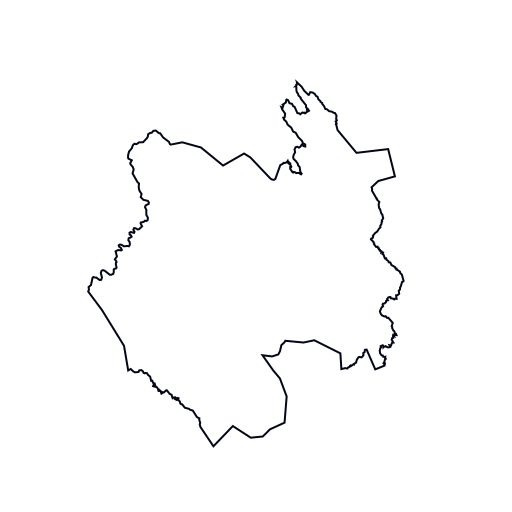 the district of Cagaan-Uul, Hövsgöl, Mongolia, rotated 240°
{"feature_id": "93677404B10407015585804", "entity_name": "Cagaan-Uul", "entity_type": "district", "adm_level": 2, "iso_a3": "MNG", "parent_name": "Mongolia", "parent_adm1": "Hövsgöl", "projection": "natural_earth1", "projection_center": [98.66, 49.521], "detail": "fine", "context": "isolated", "style": "outline", "palette": "ink", "viewbox_px": 512, "rotation_deg": 240, "n_neighbors": 0, "source": "geoboundaries", "source_scale": "gbopen_adm2", "svg_char_len": 6144}
<svg xmlns="http://www.w3.org/2000/svg" viewBox="0 0 512 512"><g transform="rotate(240 256 256)"><path d="M317.2,106.9L317.7,105.9L319.1,104.7L318.9,103.6L313.4,98.6L312.8,95.5L310.4,94.5L309.1,92.9L286.2,95.6L244.2,96.8L220.8,88.1L220.8,91.0L217.4,92.0L215.7,93.1L214.3,96.3L215.3,97.6L214.6,99.6L212.7,100.4L211.0,100.2L210.1,100.8L209.9,102.1L209.0,103.0L207.0,103.0L204.5,104.0L200.3,102.8L199.9,103.8L197.3,103.5L196.4,104.5L194.6,104.1L195.5,102.8L194.7,101.8L192.0,104.5L189.7,104.7L188.5,105.4L188.1,105.2L188.4,104.2L187.9,104.1L186.9,105.8L184.1,105.3L184.1,106.0L185.0,106.8L183.9,107.9L184.6,111.2L184.3,111.6L179.8,112.3L178.0,113.5L174.6,112.7L174.6,114.2L173.9,115.5L173.5,115.6L172.7,114.3L170.9,115.4L170.8,115.9L172.2,116.9L172.2,117.3L171.5,117.8L170.4,116.6L168.0,117.3L166.2,116.7L165.2,117.0L164.5,117.9L160.2,118.5L157.1,121.6L156.0,121.9L153.7,124.0L146.0,124.3L143.7,125.8L142.7,125.0L139.3,124.2L138.3,123.1L135.7,122.4L112.5,124.0L120.3,150.9L101.3,160.6L96.3,171.6L98.9,181.5L97.4,197.4L119.0,212.3L138.0,215.5L148.2,213.7L166.8,212.0L161.0,219.7L159.6,226.1L161.6,229.2L166.1,233.4L167.0,237.4L167.9,239.0L157.3,253.9L153.9,264.3L129.5,280.4L115.4,273.4L114.3,277.2L112.9,278.8L113.4,280.1L113.2,282.4L113.9,282.7L113.9,283.5L113.2,283.9L113.5,286.2L113.1,286.6L113.6,286.9L113.6,289.3L115.7,291.4L117.0,294.0L116.9,295.1L115.5,296.6L115.6,297.7L116.5,299.6L118.3,300.3L118.5,302.1L120.2,303.3L120.0,304.4L119.6,305.0L98.2,302.6L96.8,312.5L98.3,313.8L98.6,312.9L99.4,312.8L99.7,313.8L102.1,316.1L102.1,317.0L103.3,316.9L104.1,317.5L104.2,316.8L105.2,315.8L106.3,316.1L107.1,315.1L109.6,314.8L112.1,315.8L114.2,317.8L114.3,318.6L115.6,318.9L115.4,321.0L114.8,321.4L113.3,320.7L113.6,321.5L113.1,322.0L113.1,323.2L111.2,324.2L110.3,325.7L110.2,326.9L112.0,327.0L111.0,328.1L112.8,330.5L112.3,331.7L115.6,331.6L116.8,332.8L116.5,333.9L117.9,334.5L117.3,335.3L118.6,335.1L119.2,335.5L117.3,338.1L118.7,338.3L119.6,337.5L121.7,338.2L122.8,337.7L125.6,337.9L126.4,338.5L127.4,338.4L129.7,341.0L136.4,339.7L136.8,338.6L139.0,338.2L139.2,337.2L141.4,335.5L143.4,335.1L146.1,335.6L148.7,339.1L148.9,340.9L150.5,341.2L151.2,342.1L150.7,343.2L150.9,345.3L152.1,346.3L151.7,348.1L153.2,348.0L154.0,350.0L153.3,351.9L152.0,351.6L150.4,353.5L149.3,353.9L149.5,355.1L148.6,356.3L151.9,357.7L151.3,359.0L151.7,361.1L154.6,362.3L155.0,364.0L156.8,365.1L157.2,366.1L160.5,369.5L160.3,371.0L160.8,371.4L166.9,373.0L169.3,372.4L170.4,372.8L173.3,371.5L174.0,370.8L174.9,371.4L175.6,370.6L176.8,370.9L180.5,368.8L183.2,369.1L184.2,367.8L185.3,368.1L187.8,367.1L188.9,367.6L189.5,366.4L193.3,367.1L194.4,366.5L195.4,367.8L196.5,367.0L196.5,366.2L197.5,366.9L198.6,365.9L199.4,366.4L200.3,365.7L201.2,366.3L202.0,365.7L203.2,366.0L203.7,364.6L207.1,364.1L207.8,364.7L208.8,364.4L209.6,364.8L212.9,363.8L213.5,364.5L213.2,366.0L214.3,367.2L215.0,367.2L216.3,370.5L216.6,373.3L218.2,376.3L218.6,378.1L219.9,378.6L221.1,380.8L222.5,381.7L222.8,382.5L223.9,382.7L225.0,385.0L228.8,386.1L230.2,385.8L234.4,386.8L236.0,386.6L239.4,388.0L241.1,389.8L244.7,388.9L245.4,389.4L246.0,389.1L254.7,389.1L255.9,390.1L257.7,390.4L259.8,399.4L255.5,416.1L282.5,423.9L295.1,394.6L324.3,389.6L329.6,391.1L329.9,391.6L330.3,391.2L331.6,392.4L332.7,392.3L333.1,393.9L334.6,393.9L337.3,395.9L340.3,395.9L341.2,394.8L342.7,394.2L344.9,391.7L347.4,390.9L348.8,389.5L351.8,389.9L354.5,389.4L355.4,389.8L357.3,388.9L358.1,389.2L360.3,388.4L363.2,388.9L364.7,388.0L367.1,387.9L369.3,386.7L370.8,384.9L369.1,382.3L369.3,382.0L374.9,380.4L380.0,380.1L385.9,378.3L385.1,378.1L384.3,377.2L384.3,376.6L383.5,376.4L383.2,375.3L383.0,375.8L378.8,373.6L377.0,373.3L375.3,373.6L373.9,373.0L370.8,373.9L370.0,373.4L361.5,374.7L359.8,373.7L358.3,374.0L357.4,373.4L357.4,374.4L355.3,374.5L355.3,371.4L354.9,370.4L355.0,369.8L356.1,369.4L356.1,368.8L357.1,367.8L356.6,365.2L357.7,364.9L359.1,363.3L365.9,364.0L367.2,363.1L369.7,363.3L371.6,361.4L375.0,361.7L376.1,360.9L376.1,360.3L374.0,358.6L373.7,354.8L372.9,355.1L371.1,353.1L372.2,352.4L369.8,352.0L364.7,352.4L361.8,350.2L361.5,349.6L362.0,348.8L360.0,348.5L357.4,349.4L353.8,349.1L349.6,350.7L345.2,350.4L342.9,352.0L337.9,352.0L332.5,353.4L329.8,353.0L328.7,354.1L327.8,354.3L326.2,353.4L327.2,352.3L329.6,351.2L328.5,349.2L328.4,347.3L329.9,346.5L330.4,344.8L329.1,342.7L326.2,341.7L325.0,339.5L323.1,337.6L321.2,337.1L318.2,338.0L315.1,338.3L313.4,337.8L311.3,338.3L306.8,336.5L304.5,336.7L304.2,335.8L306.6,334.6L307.7,332.3L309.0,331.7L310.4,330.0L310.0,329.7L310.3,329.5L314.4,329.2L315.9,330.1L315.4,330.8L315.8,331.3L317.3,331.2L319.0,331.9L320.3,331.5L319.2,330.8L320.1,330.4L322.5,331.0L321.8,329.5L322.0,327.8L322.9,326.4L322.4,325.1L322.6,322.5L313.0,311.2L313.0,309.6L314.2,308.1L315.9,307.2L344.2,300.4L350.7,296.9L350.8,272.7L377.5,262.6L391.3,249.0L395.1,237.9L396.0,237.4L398.3,237.7L405.2,234.8L410.2,234.4L410.8,233.4L414.8,231.9L415.7,229.6L414.9,227.5L415.5,225.7L415.4,223.5L413.6,222.1L412.7,220.8L411.0,215.1L412.9,211.5L412.6,209.1L412.8,208.1L413.9,207.0L413.8,205.8L413.4,204.6L411.4,202.3L409.9,198.2L407.2,195.6L405.0,194.3L404.0,194.2L401.0,196.3L399.3,193.5L398.1,193.2L394.7,193.8L392.2,193.4L389.2,190.4L379.6,190.3L377.3,190.9L374.0,188.7L371.0,187.7L366.9,187.9L364.6,185.6L360.9,186.6L357.8,189.9L356.0,190.0L354.8,189.1L355.0,185.7L353.8,184.3L350.8,184.1L346.5,181.6L343.1,181.5L341.2,180.0L341.1,178.7L342.1,177.4L341.7,175.9L342.6,172.9L341.8,172.3L338.7,172.2L337.7,168.3L338.0,166.9L340.2,165.6L341.1,164.4L340.1,162.9L337.7,162.9L337.0,162.0L339.4,159.5L339.4,158.1L337.8,157.3L336.5,158.0L334.9,157.9L334.7,156.2L335.1,155.2L334.7,154.2L333.3,153.3L331.6,153.6L329.9,153.0L328.5,152.0L328.0,150.7L329.0,149.6L330.4,146.5L333.0,145.1L333.8,144.0L334.1,143.4L333.8,142.4L332.7,142.1L330.3,143.1L328.3,142.8L328.2,142.1L330.1,139.6L330.2,136.7L325.1,135.3L323.7,132.1L321.1,132.4L320.2,131.9L320.1,131.4L320.8,131.9L319.2,130.6L315.6,129.4L315.2,128.6L315.7,127.0L315.5,126.1L313.1,124.7L311.9,123.4L312.2,121.0L312.9,120.0L318.9,117.6L320.3,116.4L320.4,114.8L318.9,113.1L314.5,111.9L312.8,110.1L313.3,108.6L317.2,106.9Z" fill="none" stroke="#020617" stroke-width="2"/></g></svg>